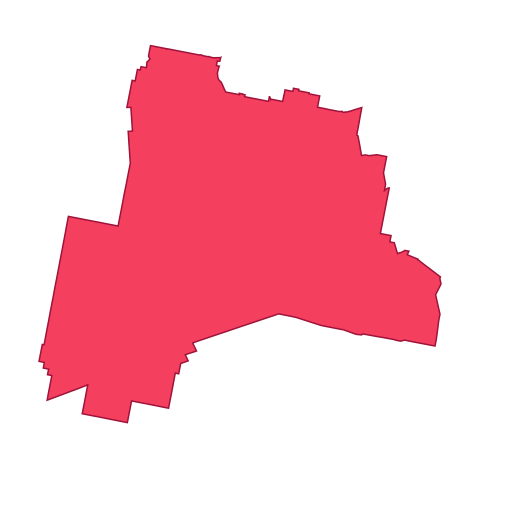 outline of Merredin, Western Australia, Australia, rotated 101°
{"feature_id": "25037944B40039133464345", "entity_name": "Merredin", "entity_type": "district", "adm_level": 2, "iso_a3": "AUS", "parent_name": "Australia", "parent_adm1": "Western Australia", "projection": "equal_earth", "projection_center": [118.19, -31.461], "detail": "fine", "context": "isolated", "style": "filled", "palette": "rose", "viewbox_px": 512, "rotation_deg": 101, "n_neighbors": 0, "source": "geoboundaries", "source_scale": "gbopen_adm2", "svg_char_len": 5266}
<svg xmlns="http://www.w3.org/2000/svg" viewBox="0 0 512 512"><g transform="rotate(101 256 256)"><path d="M252.9,447.7L260.9,447.7L261.1,447.7L269.2,447.6L285.5,447.5L293.6,447.5L310.0,447.4L318.3,447.4L326.3,447.4L334.3,447.3L342.3,447.3L350.3,447.3L358.5,447.2L366.7,447.2L378.8,447.1L382.4,447.1L383.6,447.1L383.6,448.9L390.9,448.9L400.8,448.9L400.9,443.5L406.6,443.4L406.6,438.0L412.3,438.0L412.3,435.8L412.3,435.7L412.3,434.4L412.3,433.8L412.3,433.7L413.7,433.6L415.2,433.6L419.1,433.6L426.0,433.6L428.7,433.6L430.8,433.6L435.2,433.5L437.4,433.5L432.6,425.7L428.0,418.2L419.3,404.0L414.6,396.6L429.7,396.5L444.0,396.5L444.0,385.6L444.1,350.5L430.0,350.5L422.0,350.5L422.1,312.8L420.5,312.8L415.7,312.8L406.4,312.8L386.4,312.9L386.4,309.4L375.9,309.4L371.9,302.6L366.4,306.6L360.6,296.3L353.4,301.6L348.3,292.8L340.8,279.6L334.5,268.5L328.2,257.5L323.3,248.8L318.4,240.2L313.5,231.5L313.1,230.8L312.5,229.8L311.6,228.1L311.0,227.1L308.5,222.8L308.5,222.3L308.5,220.6L308.5,214.2L308.6,205.2L311.7,179.4L311.8,176.3L311.8,173.1L311.8,171.4L311.8,157.7L311.7,156.4L313.8,142.7L313.3,137.3L312.1,136.4L312.0,125.9L311.9,118.8L311.8,116.5L311.7,107.3L311.7,104.9L312.0,102.2L312.0,97.8L310.8,95.2L310.2,93.9L310.3,89.3L310.3,85.1L310.2,63.1L308.1,63.1L304.1,63.1L303.6,63.1L295.1,63.6L284.6,64.3L278.0,64.3L259.8,72.3L249.1,69.3L248.0,69.1L242.8,71.3L241.4,70.9L238.1,77.5L233.3,87.3L228.5,96.9L228.2,96.6L225.9,107.7L225.8,107.8L222.1,106.8L222.1,110.9L222.3,110.9L225.0,114.5L225.3,115.6L226.7,117.5L216.6,122.8L216.6,127.3L210.2,127.3L210.2,138.2L195.1,138.2L186.4,138.2L181.6,138.2L169.2,138.2L164.2,138.2L163.8,138.2L164.0,138.9L164.2,139.5L164.5,140.0L164.9,140.4L167.3,142.4L167.2,142.4L160.8,142.5L150.3,146.6L150.2,146.7L144.0,146.7L133.5,146.7L133.5,156.6L135.9,164.0L135.9,168.0L137.2,171.6L127.5,175.3L118.5,178.9L117.9,180.2L113.7,180.3L113.5,180.2L110.1,180.2L98.7,180.4L95.2,180.4L90.1,180.5L91.0,182.3L91.6,183.2L92.0,184.2L95.4,190.4L97.6,194.8L97.4,195.6L98.2,196.9L98.2,198.3L97.6,199.1L98.2,201.3L98.2,202.1L98.3,202.3L98.3,203.1L98.3,203.7L98.3,203.9L98.3,205.5L98.3,207.1L98.3,209.2L98.3,212.4L98.2,216.2L98.2,218.5L98.2,221.0L98.2,222.8L98.3,224.0L97.9,224.0L97.7,224.0L97.2,224.0L96.5,224.0L94.8,224.0L93.9,224.0L93.0,224.0L91.2,224.0L88.7,224.0L86.7,224.0L86.7,225.5L86.7,227.9L86.7,230.2L86.7,231.8L86.7,232.6L86.7,234.0L86.7,234.8L85.7,234.9L85.7,245.7L84.9,245.7L84.2,245.7L84.2,251.2L87.4,251.2L87.4,259.2L93.3,259.2L93.3,259.3L99.2,259.3L99.2,271.5L99.3,271.5L96.7,273.2L96.5,273.3L96.4,273.3L101.8,273.3L101.8,297.5L99.9,297.5L99.9,300.0L99.5,300.0L99.5,303.5L100.8,303.1L100.8,309.7L100.8,317.1L100.6,317.2L98.3,318.9L96.2,320.3L94.2,321.7L93.1,322.5L92.9,322.6L92.6,322.8L92.4,323.0L92.2,323.2L92.0,323.4L91.9,323.5L91.7,323.7L91.6,323.9L91.5,324.1L91.3,324.3L91.2,324.6L91.0,325.0L90.7,325.4L90.5,325.6L90.3,325.9L90.1,326.1L89.9,326.3L89.7,326.5L89.2,326.8L89.0,327.0L88.8,327.1L88.7,327.1L88.3,327.4L88.0,327.5L87.7,327.6L85.1,328.4L84.5,328.6L84.2,328.7L83.7,328.7L83.4,328.8L83.0,328.8L82.7,328.8L81.2,328.7L79.4,328.6L78.5,328.5L77.6,328.5L77.1,328.4L76.9,328.4L76.7,328.3L76.7,331.2L72.0,331.2L72.0,330.3L71.7,329.9L71.8,328.7L67.9,328.5L68.0,328.6L68.1,329.0L68.2,329.5L68.3,329.9L68.4,330.4L68.5,330.7L68.5,331.1L68.6,331.5L68.8,332.0L68.9,332.7L69.1,333.7L69.3,334.4L69.4,335.0L69.5,335.2L69.5,335.5L69.5,335.9L69.5,336.6L69.5,337.2L69.5,338.1L69.5,338.5L69.5,338.8L69.5,339.0L69.4,339.2L69.4,339.4L69.4,339.5L69.3,339.8L69.2,340.0L69.2,340.3L69.3,340.7L69.4,341.0L69.5,341.1L69.5,341.4L69.5,342.2L69.5,343.8L69.5,345.2L69.5,345.9L69.5,346.4L69.5,346.5L69.4,346.7L69.4,346.8L69.3,347.1L69.2,347.5L69.1,347.8L69.0,348.1L69.0,348.3L69.1,348.6L69.2,349.1L69.3,349.6L69.4,350.0L69.5,350.2L69.5,350.3L69.5,350.6L69.5,352.0L69.5,360.5L69.5,367.8L69.5,369.5L69.5,371.3L69.5,371.5L69.5,376.0L69.5,380.8L69.5,381.8L69.5,382.1L69.6,382.4L69.6,382.7L69.7,383.0L69.9,383.3L69.6,383.4L69.6,383.5L69.6,383.9L69.6,385.3L69.6,387.0L69.6,388.2L69.6,389.6L69.6,391.0L69.6,394.2L69.6,395.9L69.6,396.2L69.6,399.7L71.2,399.7L71.5,399.7L71.8,399.7L72.3,399.7L74.3,399.7L77.3,399.7L79.2,399.6L79.3,399.6L79.9,399.6L80.1,399.7L80.3,399.7L80.5,399.6L80.9,399.3L81.0,399.2L81.5,398.7L81.8,398.5L82.0,398.4L82.3,398.1L82.7,397.7L82.9,397.7L83.0,397.8L83.2,398.0L83.3,398.0L83.6,398.1L83.8,398.3L84.0,398.4L84.2,398.5L84.4,398.6L84.5,398.7L84.7,398.8L84.9,398.9L85.1,399.1L85.3,399.2L85.6,399.4L85.8,399.4L85.8,399.5L86.0,399.7L86.0,399.9L86.1,400.0L86.3,400.0L86.5,400.0L86.9,400.0L87.1,399.9L87.5,399.9L87.9,399.9L88.2,399.9L88.5,399.9L88.9,399.8L89.2,399.8L89.3,399.8L89.7,399.8L89.9,399.8L90.3,399.7L90.5,399.7L90.8,399.6L91.0,399.7L91.4,399.6L91.8,399.5L92.0,399.5L92.1,400.1L92.1,400.5L92.1,400.8L92.1,401.0L92.1,404.0L92.1,404.5L92.1,404.9L92.3,404.9L93.6,405.1L95.5,405.0L95.5,408.0L107.2,408.0L107.2,411.1L110.6,411.1L113.3,411.1L114.7,411.1L119.7,411.1L124.9,411.1L130.1,411.1L133.0,411.1L134.8,411.1L134.2,408.2L134.0,407.2L145.6,404.1L157.0,401.1L158.0,405.3L158.2,405.2L165.9,403.2L173.5,401.2L183.7,398.5L188.9,397.1L189.0,397.1L203.9,397.1L212.2,397.1L220.3,397.2L228.4,397.1L236.5,397.1L244.8,397.1L252.9,397.1L252.9,409.8L252.9,430.9L252.9,435.2L252.9,435.3L252.9,447.7Z" fill="#f43f5e" stroke="#9f1239" stroke-width="1.5"/></g></svg>